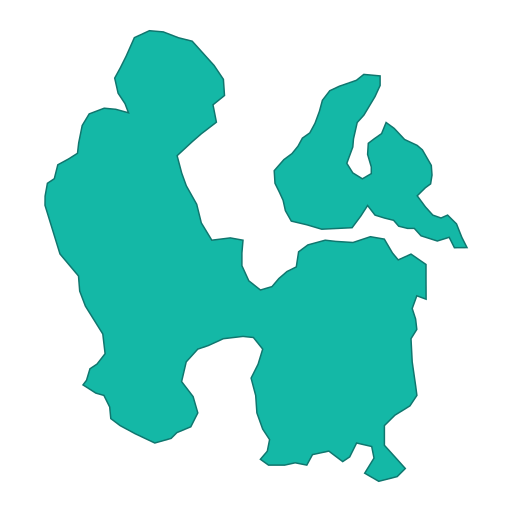 the district of Namhae-gun, South Gyeongsang, South Korea
{"feature_id": "91817680B30407776748413", "entity_name": "Namhae-gun", "entity_type": "district", "adm_level": 2, "iso_a3": "KOR", "parent_name": "South Korea", "parent_adm1": "South Gyeongsang", "projection": "albers", "projection_center": [127.967, 34.823], "detail": "fine", "context": "isolated", "style": "filled", "palette": "teal", "viewbox_px": 512, "rotation_deg": 0, "n_neighbors": 0, "source": "geoboundaries", "source_scale": "gbopen_adm2", "svg_char_len": 2411}
<svg xmlns="http://www.w3.org/2000/svg" viewBox="0 0 512 512"><path d="M213.0,104.8L224.5,95.5L223.4,79.3L214.1,65.5L192.2,41.2L178.3,37.7L163.3,31.9L149.4,30.7L134.4,37.6L126.2,56.1L120.4,67.7L114.7,78.1L118.1,93.2L125.0,103.6L128.5,112.8L115.8,109.3L104.2,108.2L89.2,113.9L82.2,125.5L78.7,142.9L77.5,153.3L68.3,159.1L57.8,164.8L54.3,178.7L47.4,183.3L45.1,196.1L45.0,205.3L60.0,254.0L78.5,276.0L79.7,291.1L85.4,306.1L102.8,334.0L105.1,353.7L97.0,364.1L90.0,368.7L86.5,380.3L83.0,384.9L95.8,393.1L103.9,395.4L109.7,407.0L110.8,418.6L120.1,425.6L135.1,433.7L154.8,443.0L171.1,438.4L176.9,432.6L190.8,426.8L197.8,412.9L193.1,396.6L181.6,381.6L186.2,361.9L197.8,349.1L208.2,345.6L223.3,338.7L243.0,336.4L253.4,337.5L262.7,349.1L258.1,364.2L251.1,378.1L255.7,395.5L256.9,412.9L262.7,429.1L269.6,439.6L267.3,451.2L260.4,459.3L268.5,465.1L284.7,465.1L295.2,462.8L306.8,465.1L312.5,454.6L328.8,451.1L342.7,461.6L349.7,456.9L356.6,443.0L371.7,446.5L374.0,458.1L364.7,473.2L378.7,481.3L397.2,476.6L405.3,468.5L394.9,456.9L384.4,445.3L384.4,425.6L394.9,415.2L409.9,405.9L416.9,395.4L415.7,386.2L412.2,361.8L411.0,338.7L416.8,329.4L415.6,319.0L412.2,308.5L416.8,295.8L426.1,299.2L426.0,279.6L426.0,264.5L411.0,254.1L398.2,259.9L392.4,252.9L384.3,239.1L370.4,236.7L353.0,242.5L335.7,241.4L325.2,240.2L307.9,244.9L298.6,251.8L296.3,266.9L287.0,271.5L278.9,278.5L272.0,286.6L260.4,290.0L248.8,280.8L241.9,265.7L241.9,253.0L243.0,240.2L230.3,237.9L211.8,240.2L201.3,222.9L196.7,204.3L186.3,185.8L181.7,173.1L177.1,155.7L192.1,141.8L201.4,133.7L216.4,122.2L213.0,104.8ZM352.8,172.9L346.8,163.3L352.8,147.0L353.5,138.8L357.2,122.5L363.9,115.1L375.0,96.6L380.1,85.5L380.1,75.9L363.8,74.4L356.4,80.3L339.4,86.2L329.8,90.7L322.4,100.3L319.4,111.4L315.0,123.3L309.8,132.9L302.4,138.1L298.0,146.2L292.0,153.6L283.9,159.6L274.2,170.7L275.0,183.3L279.4,192.2L283.1,200.3L285.4,210.7L291.3,221.1L306.9,224.8L321.7,229.2L352.1,227.7L360.9,215.9L367.6,205.5L375.0,215.1L384.7,218.1L393.6,220.3L398.7,226.2L407.6,228.4L414.3,228.4L421.0,235.8L437.3,241.0L449.2,237.3L454.4,247.7L467.0,247.6L461.8,237.3L456.5,223.9L447.6,215.1L441.0,218.0L432.8,215.1L425.4,206.9L417.2,195.8L425.4,187.7L430.6,183.9L432.0,175.1L431.3,165.4L422.4,149.9L417.2,145.4L404.6,139.5L394.2,128.4L386.1,122.5L381.6,133.6L374.2,138.8L368.3,143.3L367.6,154.4L371.3,167.0L371.3,173.6L362.4,178.8L352.8,172.9Z" fill="#14b8a6" stroke="#0f766e" stroke-width="1.5"/></svg>